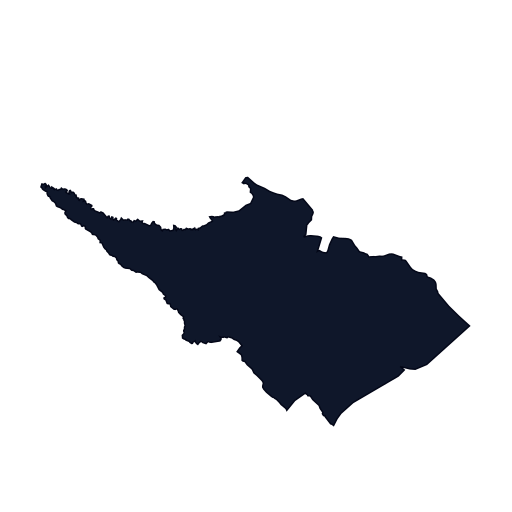 Villa Guerrero, México, Mexico (Albers equal-area conic projection), rotated 140°
{"feature_id": "50627088B69956454145836", "entity_name": "Villa Guerrero", "entity_type": "district", "adm_level": 2, "iso_a3": "MEX", "parent_name": "Mexico", "parent_adm1": "México", "projection": "albers", "projection_center": [-99.664, 18.941], "detail": "fine", "context": "isolated", "style": "filled", "palette": "ink", "viewbox_px": 512, "rotation_deg": 140, "n_neighbors": 0, "source": "geoboundaries", "source_scale": "gbopen_adm2", "svg_char_len": 6149}
<svg xmlns="http://www.w3.org/2000/svg" viewBox="0 0 512 512"><g transform="rotate(140 256 256)"><path d="M210.8,313.6L211.9,321.5L213.6,322.5L219.4,321.0L218.8,319.3L218.3,319.6L216.7,317.6L215.9,315.1L216.0,314.5L216.5,314.3L216.5,313.8L216.9,313.5L216.7,311.1L219.3,308.5L218.8,306.6L219.2,304.0L220.0,302.5L226.4,299.6L231.0,301.2L240.0,301.4L245.3,304.0L249.8,308.2L250.7,308.7L251.5,308.3L252.5,309.1L253.3,308.2L254.0,308.2L254.4,307.8L255.2,308.3L255.7,308.0L256.0,308.5L257.5,308.8L258.0,309.5L259.1,309.3L259.8,310.4L262.5,312.3L263.6,312.5L263.4,313.4L264.4,314.6L266.3,315.8L266.6,314.5L266.6,311.9L267.1,310.6L271.2,311.8L273.6,311.6L276.8,312.6L277.7,313.3L280.7,313.3L282.5,314.2L283.4,313.2L284.3,314.6L285.5,315.0L285.0,316.7L286.5,316.4L286.5,317.2L287.8,317.0L288.0,317.8L288.9,317.8L288.9,319.2L290.6,320.1L291.6,322.0L293.2,321.6L294.1,322.6L295.4,322.5L296.2,323.1L295.6,324.6L296.2,325.3L297.7,325.6L297.9,327.5L300.8,326.6L300.8,327.8L298.6,329.2L298.6,331.2L299.4,332.3L301.0,330.1L303.1,328.9L305.9,330.5L305.9,332.5L307.7,333.4L308.3,334.8L310.2,336.1L311.5,335.4L311.9,336.3L311.5,337.9L310.6,339.3L310.7,341.8L312.3,343.5L312.8,346.2L312.0,347.7L312.7,348.5L314.9,348.1L317.0,347.1L318.3,347.7L320.5,352.5L321.6,353.2L321.8,355.1L320.5,355.8L322.7,357.3L323.1,360.1L325.9,360.0L326.6,361.4L328.5,360.8L329.4,362.2L329.2,363.3L330.0,364.4L329.8,365.8L330.5,366.6L331.7,366.3L333.2,367.9L334.5,368.5L334.8,371.6L336.3,370.8L339.0,370.4L339.9,373.7L338.8,374.4L339.0,375.1L341.9,375.0L342.2,375.9L340.8,377.6L341.3,378.6L343.5,377.5L343.8,379.0L342.9,381.0L343.6,381.5L345.5,381.0L345.5,387.3L346.5,389.4L348.2,389.6L348.8,391.2L350.4,394.0L350.5,395.9L350.1,396.6L350.7,397.2L351.6,396.9L352.3,397.5L351.1,399.9L349.8,399.7L349.3,400.3L350.6,403.5L352.4,404.4L352.2,405.9L351.4,407.5L351.7,408.5L352.8,408.9L351.8,409.3L351.3,410.1L353.2,412.3L354.5,412.6L355.6,412.1L355.9,412.5L354.8,414.4L355.8,414.7L355.5,415.9L355.9,416.5L354.7,418.3L355.5,419.2L354.9,421.1L355.2,422.6L356.7,423.1L356.2,424.7L356.2,425.7L357.1,425.8L358.8,424.5L359.1,423.4L359.7,423.9L360.6,427.1L359.7,427.5L358.7,427.3L358.4,428.4L358.9,429.6L359.9,430.7L361.1,431.1L361.5,433.1L362.8,432.6L364.2,433.5L365.4,433.4L366.0,434.2L365.8,435.6L367.8,436.5L367.9,436.9L367.3,437.5L368.1,440.0L368.9,439.1L369.8,440.0L369.5,443.6L373.5,443.5L372.9,444.5L371.1,445.0L370.8,446.0L371.0,447.1L372.7,447.4L373.7,448.8L376.4,447.1L376.2,445.7L376.5,444.7L376.3,443.3L375.5,440.8L374.8,440.1L374.7,439.5L376.0,437.9L376.6,435.9L376.6,435.2L375.8,434.2L376.3,432.6L376.6,429.3L375.8,427.3L375.7,425.2L376.7,422.6L376.3,421.4L374.7,418.6L374.2,416.1L373.4,415.1L372.6,412.8L374.5,412.0L375.2,411.0L375.0,408.2L375.6,406.5L375.4,405.1L374.3,404.0L374.2,402.5L373.2,398.7L371.9,396.9L371.5,395.1L369.8,393.6L369.8,392.9L370.3,391.1L370.2,390.6L369.8,390.2L368.6,390.1L367.8,388.6L367.8,388.3L368.9,387.0L369.1,386.2L367.1,380.7L367.0,379.0L367.4,377.7L365.5,375.6L365.2,374.6L365.2,372.0L365.8,370.7L365.3,368.5L365.5,367.8L366.8,366.5L365.7,365.3L365.7,364.7L366.9,360.6L367.0,358.5L366.6,356.9L367.1,355.5L366.9,353.1L367.2,351.3L367.1,350.6L366.0,349.2L365.7,347.7L364.5,346.4L364.1,344.5L365.0,342.4L364.8,340.9L365.8,339.1L365.7,338.2L365.0,336.7L365.1,334.4L364.6,332.1L363.7,330.6L360.6,327.4L360.4,325.1L359.0,323.4L358.3,320.7L357.0,319.9L354.8,317.6L354.5,315.6L352.2,311.2L351.9,308.5L350.8,303.5L350.9,301.6L350.5,300.6L350.6,297.7L351.8,292.5L350.9,288.2L351.4,286.3L350.9,284.5L350.9,283.4L351.5,282.7L352.0,282.6L353.1,283.1L353.6,282.8L353.9,282.2L353.3,280.2L354.5,276.7L353.8,275.7L352.7,275.0L352.9,273.7L353.8,272.0L353.0,267.9L352.0,266.9L350.6,266.5L350.4,265.9L350.8,264.0L351.5,262.5L351.3,259.4L350.5,256.1L352.0,254.9L351.9,253.7L352.4,253.2L352.6,252.0L354.0,250.4L355.0,248.1L356.3,247.6L357.3,246.6L357.7,245.8L359.0,245.6L359.6,245.0L360.3,243.3L360.9,242.9L363.4,242.6L365.0,240.3L364.4,238.5L363.7,237.7L363.7,236.5L362.0,233.5L362.1,232.3L361.5,230.3L360.9,230.0L360.7,230.6L360.4,230.6L357.1,230.1L357.6,229.2L357.8,227.2L357.4,225.7L355.3,226.2L353.3,226.1L352.4,225.0L352.4,224.0L350.6,221.0L348.1,221.4L347.3,220.8L346.7,219.6L345.7,218.6L338.3,214.2L337.6,214.6L337.5,214.3L336.5,214.6L335.7,215.4L335.5,217.1L334.9,215.9L334.5,215.9L333.3,214.7L332.4,214.6L330.7,212.0L329.2,212.0L327.0,208.6L326.4,206.2L325.0,203.9L324.3,201.5L324.4,196.2L327.5,196.0L331.9,194.8L330.7,190.0L331.0,188.8L332.1,186.9L333.7,185.0L333.5,183.9L332.3,182.4L332.6,178.3L331.7,172.6L331.7,171.3L332.7,167.8L332.0,164.0L331.4,156.5L331.9,154.0L334.5,152.0L335.2,151.1L335.6,149.1L335.5,145.0L334.4,138.6L334.0,137.2L333.2,135.9L333.1,134.8L332.4,132.9L332.1,128.8L332.2,126.1L331.2,120.6L331.2,119.2L331.6,118.0L319.2,120.4L306.3,119.3L306.3,118.1L305.7,116.9L306.1,115.7L304.3,113.9L304.8,109.5L303.7,101.0L304.8,98.1L305.3,93.1L306.5,92.5L306.8,90.6L306.5,89.7L305.8,89.4L306.3,88.1L306.7,79.5L305.9,78.2L305.5,76.3L298.4,79.3L292.0,80.9L275.9,81.4L224.2,72.6L215.7,73.4L216.6,78.7L210.6,70.6L206.8,66.9L194.9,63.2L137.4,65.2L139.4,79.9L140.7,93.6L140.7,110.4L139.8,112.0L139.2,115.0L136.6,118.3L135.8,119.7L135.4,121.1L135.3,123.3L136.4,126.7L138.2,129.6L138.3,130.0L137.3,132.2L137.8,134.0L142.2,138.9L143.8,141.8L145.0,145.1L145.1,148.0L144.4,155.9L144.6,156.9L147.0,159.4L145.1,161.5L146.3,163.0L149.8,169.2L150.8,170.3L152.7,171.7L158.0,173.6L159.6,174.6L161.5,176.4L165.3,178.8L166.1,179.7L168.9,181.8L170.1,182.4L169.8,185.8L171.1,187.9L171.4,189.0L173.8,192.3L174.1,193.1L173.7,197.3L173.8,200.4L172.8,206.6L173.2,207.7L174.2,209.6L176.2,211.8L181.1,216.2L184.3,220.8L186.8,220.0L192.3,217.4L197.4,213.9L199.1,213.2L200.2,213.2L202.0,215.1L203.1,216.8L203.9,219.3L204.7,219.9L206.0,220.1L194.2,227.8L194.6,229.3L196.0,231.3L201.2,236.5L203.4,238.0L206.8,239.6L206.7,240.1L206.2,240.4L204.4,240.4L203.8,240.7L197.1,247.2L195.3,247.4L195.0,247.7L190.3,248.1L188.0,250.6L185.2,251.9L184.0,252.9L183.8,254.1L183.3,254.9L183.3,269.6L184.7,270.4L189.9,272.2L191.6,273.4L193.7,276.2L195.4,282.3L197.0,285.8L200.1,289.7L202.1,293.0L204.1,296.7L206.0,302.2L209.9,310.0L210.8,313.6Z" fill="#0f172a" stroke="#020617" stroke-width="1.5"/></g></svg>